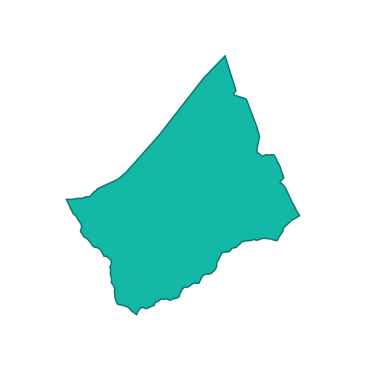 Olindina, Bahia, Brazil (orthographic projection), rotated 210°
{"feature_id": "56859067B31998944625923", "entity_name": "Olindina", "entity_type": "district", "adm_level": 2, "iso_a3": "BRA", "parent_name": "Brazil", "parent_adm1": "Bahia", "projection": "orthographic", "projection_center": [-38.373, -11.445], "detail": "fine", "context": "isolated", "style": "filled", "palette": "teal", "viewbox_px": 384, "rotation_deg": 210, "n_neighbors": 0, "source": "geoboundaries", "source_scale": "gbopen_adm2", "svg_char_len": 2298}
<svg xmlns="http://www.w3.org/2000/svg" viewBox="0 0 384 384"><g transform="rotate(210 192 192)"><path d="M297.1,122.6L295.1,121.4L292.1,119.4L288.7,116.8L286.1,115.3L284.1,113.8L281.9,113.6L279.5,112.6L276.9,111.1L273.8,109.7L270.8,107.7L269.8,105.6L268.9,102.1L265.6,100.5L263.2,99.1L259.9,99.2L256.9,98.3L254.7,97.5L251.7,95.9L248.8,95.4L246.5,96.4L242.9,96.5L239.5,94.7L236.4,92.4L233.4,93.5L230.7,93.2L228.5,92.4L226.6,91.0L225.8,88.9L225.7,86.3L223.5,83.7L221.5,79.8L219.2,77.7L217.7,75.7L216.3,72.9L213.1,71.8L210.4,69.5L209.6,67.1L207.7,64.9L205.9,62.1L203.6,59.9L200.4,57.6L197.6,58.5L195.5,59.1L193.0,59.8L189.8,60.2L187.7,59.8L184.7,58.6L182.1,58.5L178.7,58.1L179.1,61.4L178.9,64.8L177.3,67.5L173.8,67.7L171.8,69.8L170.1,72.5L168.1,75.0L168.6,78.2L166.5,80.7L165.5,83.6L163.1,84.8L160.5,86.9L156.9,87.1L155.2,89.8L152.4,92.1L150.7,95.1L151.7,97.5L151.7,99.8L151.8,103.1L151.1,105.6L147.9,107.7L146.5,110.6L145.3,113.6L143.4,114.8L140.4,116.4L140.6,119.3L140.9,122.1L140.6,125.4L138.9,127.9L136.3,129.2L134.4,131.7L133.7,134.4L133.1,137.1L133.5,139.7L135.1,143.2L135.3,147.4L135.4,150.9L135.8,154.2L134.0,156.1L131.0,158.0L129.4,160.3L129.5,162.6L127.8,164.7L126.0,166.0L125.4,168.6L124.5,170.9L123.9,173.6L121.8,176.1L118.5,178.2L116.2,180.0L114.7,182.0L112.2,182.3L110.3,184.0L108.4,186.5L106.0,188.2L102.5,189.7L99.9,190.9L97.3,191.2L94.0,192.4L94.2,196.4L93.8,199.9L93.6,202.4L94.0,204.6L94.8,206.7L91.6,217.1L86.9,225.3L89.0,226.3L91.3,227.6L94.3,229.6L96.9,231.3L99.2,232.5L101.0,233.7L103.1,235.2L106.0,237.3L108.7,239.2L111.0,240.8L113.0,242.2L115.4,243.3L117.5,243.9L120.5,244.3L120.5,247.3L119.5,250.0L121.7,252.1L123.5,253.7L125.2,255.1L126.8,256.5L128.4,257.9L130.3,259.3L132.4,260.5L135.0,262.3L137.2,263.9L139.7,265.1L141.6,264.2L143.5,262.8L146.8,261.0L148.7,258.3L151.8,258.5L153.9,258.7L156.3,259.6L157.6,262.8L158.4,265.3L159.4,268.3L160.4,271.2L161.1,273.6L168.2,280.6L183.1,292.8L191.5,299.6L204.4,297.0L205.0,299.1L204.6,301.8L222.2,317.9L231.4,326.4L233.3,319.1L235.5,310.3L238.8,296.9L239.8,290.0L248.1,230.5L248.8,225.3L258.9,176.1L262.3,166.5L265.6,161.5L275.5,147.5L275.8,145.2L277.1,142.8L277.6,139.2L278.7,136.4L281.4,134.9L283.8,131.7L287.0,129.8L289.7,127.9L292.2,125.4L295.1,124.2L297.1,122.6Z" fill="#14b8a6" stroke="#0f766e" stroke-width="1.5"/></g></svg>